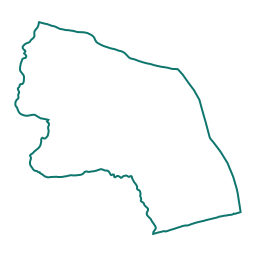 Al Masilah, Al Mahrah, Yemen
{"feature_id": "15242507B86858383588753", "entity_name": "Al Masilah", "entity_type": "district", "adm_level": 2, "iso_a3": "YEM", "parent_name": "Yemen", "parent_adm1": "Al Mahrah", "projection": "mercator", "projection_center": [50.513, 15.552], "detail": "fine", "context": "isolated", "style": "outline", "palette": "teal", "viewbox_px": 256, "rotation_deg": 0, "n_neighbors": 0, "source": "geoboundaries", "source_scale": "gbopen_adm2", "svg_char_len": 5614}
<svg xmlns="http://www.w3.org/2000/svg" viewBox="0 0 256 256"><path d="M30.0,155.5L30.5,156.5L30.9,157.6L30.9,158.8L30.5,159.9L30.0,162.0L30.0,163.2L30.1,164.4L30.5,165.4L31.1,166.4L32.5,168.3L33.1,169.3L33.8,170.0L34.7,170.7L35.7,170.9L36.8,171.0L37.6,171.7L38.5,172.3L39.6,172.2L40.1,173.2L41.1,173.7L42.0,174.2L42.9,174.9L43.8,175.6L44.7,176.3L45.8,176.7L46.8,177.1L47.8,177.3L49.0,177.3L50.0,177.1L51.2,177.0L55.5,176.8L56.7,176.8L57.8,177.0L61.1,177.0L62.2,176.9L63.3,176.7L65.5,176.3L66.6,176.2L67.6,175.9L68.7,175.7L69.8,175.4L70.9,175.2L73.1,175.4L75.3,175.4L76.5,175.3L78.8,175.0L79.9,174.9L81.0,174.7L82.1,174.3L83.1,173.7L84.6,172.0L85.7,171.6L86.8,171.4L87.8,171.8L88.8,171.9L90.0,171.8L91.0,171.5L92.2,171.4L93.3,171.3L94.4,171.1L96.5,170.6L98.6,169.9L99.8,169.4L100.9,169.2L101.9,169.3L105.0,170.5L106.2,170.6L107.2,170.6L108.3,171.1L109.0,171.9L109.6,172.7L110.2,173.8L110.7,174.8L111.7,175.1L112.7,174.5L113.8,174.6L114.0,175.6L114.2,176.8L115.1,177.3L116.0,176.7L116.9,176.1L118.2,176.0L119.2,176.5L120.2,177.2L121.0,177.8L122.0,177.4L122.8,176.5L123.9,176.0L124.9,175.8L126.0,175.5L127.2,175.9L128.0,176.5L129.0,176.9L130.0,176.4L131.0,176.0L131.8,176.7L132.0,177.8L132.4,178.9L134.0,181.8L134.6,182.7L135.4,183.7L136.0,184.5L136.6,185.5L137.1,186.4L137.1,187.5L137.0,188.6L137.7,189.7L138.7,190.0L139.6,190.7L140.1,191.7L140.4,192.8L140.5,193.9L140.3,195.1L140.2,196.2L141.1,198.3L141.1,199.4L140.8,200.4L141.1,201.4L142.1,201.9L143.0,202.5L143.9,203.4L144.2,204.6L144.7,205.5L146.4,207.1L147.2,207.8L148.0,208.7L148.0,209.9L147.7,210.9L147.2,211.8L146.7,213.0L146.8,214.1L147.1,215.2L147.8,216.0L149.3,217.6L150.9,219.3L151.4,220.3L151.9,221.3L152.6,222.2L154.5,225.0L155.1,225.9L155.6,227.0L155.7,227.4L155.8,228.1L155.3,229.3L154.7,230.1L154.0,231.1L153.4,232.0L153.2,233.2L153.2,233.9L158.9,232.3L161.0,231.9L162.6,231.4L163.4,231.3L163.9,231.2L164.4,231.1L165.1,231.3L165.4,231.5L165.8,231.3L166.1,231.3L166.8,231.2L170.5,229.9L174.9,228.6L179.0,227.2L180.0,227.0L180.9,226.6L183.2,225.9L185.3,225.5L185.5,225.4L186.0,225.6L188.0,225.4L188.3,225.2L189.2,225.0L190.1,224.6L191.5,224.1L193.9,223.3L194.9,223.1L195.6,222.7L196.4,222.6L199.3,221.8L200.6,221.6L202.2,221.1L203.3,221.0L205.8,220.2L217.1,217.5L219.0,216.7L219.8,216.5L221.1,216.4L221.5,216.3L223.0,215.9L223.6,215.9L225.0,215.6L226.6,215.5L228.2,215.1L229.5,215.0L231.7,214.7L233.1,214.2L233.7,213.9L233.8,213.7L234.1,213.9L234.3,213.9L234.6,213.8L235.1,213.8L235.6,213.6L236.1,213.5L237.9,212.9L239.9,212.4L240.6,212.0L237.7,193.4L236.7,188.7L233.2,176.8L227.5,163.0L220.4,151.5L213.5,142.4L210.6,139.0L209.7,137.4L205.8,122.7L201.9,109.0L199.4,99.8L193.8,89.9L189.4,84.1L182.6,74.5L177.7,69.1L176.4,69.1L175.7,69.0L173.0,69.0L172.2,68.9L171.5,68.7L170.8,68.6L169.4,68.2L167.1,67.6L166.4,67.6L164.7,67.2L161.8,66.9L161.1,66.7L160.4,66.6L158.8,66.2L157.5,66.0L156.6,65.8L156.0,65.5L155.2,65.4L153.8,65.1L153.0,64.8L152.3,64.6L151.1,64.2L150.2,64.0L149.3,63.8L148.7,63.7L148.1,63.5L147.4,63.5L146.1,63.1L145.4,63.0L144.8,62.8L144.2,62.6L142.5,62.2L141.8,61.9L140.4,61.5L138.4,60.9L137.1,60.3L136.4,60.1L135.3,59.6L133.2,59.0L132.5,58.9L130.9,58.5L130.2,58.2L129.4,57.8L128.9,57.3L128.4,56.9L127.4,55.8L126.9,55.4L126.5,54.8L125.5,53.9L124.5,52.9L123.2,52.1L122.6,51.8L121.4,51.3L118.5,50.6L117.7,50.3L117.1,50.0L116.4,49.8L115.0,49.3L114.3,49.1L113.4,48.9L111.9,48.6L110.3,48.2L109.0,47.8L106.8,47.0L105.4,46.6L104.1,46.2L103.3,45.9L102.1,45.3L101.5,45.0L100.6,44.7L100.0,44.3L98.4,43.4L97.7,43.0L97.0,42.5L96.3,41.9L95.9,41.1L95.0,39.7L94.6,38.4L94.2,37.8L93.8,37.2L93.3,36.5L92.8,36.0L91.7,35.2L90.5,34.5L89.8,34.2L88.5,33.6L87.9,33.2L86.3,32.8L84.5,32.4L83.5,32.4L82.8,32.2L81.2,32.2L78.2,32.1L76.0,31.7L74.6,31.2L73.8,31.1L73.2,30.9L71.6,30.7L70.9,30.6L68.6,30.2L67.8,30.1L67.1,30.1L66.4,30.1L65.0,29.9L63.5,29.5L61.9,29.2L61.1,29.1L59.7,28.8L59.1,28.5L56.9,27.5L56.2,27.0L55.5,26.8L54.6,26.4L51.4,25.7L50.7,25.4L50.1,25.2L49.5,24.9L48.7,24.7L47.5,24.2L46.8,24.1L46.0,23.9L45.2,23.7L44.5,23.6L42.5,23.1L41.8,22.9L40.4,22.5L39.7,22.3L39.1,22.1L38.9,22.5L38.7,23.7L38.5,24.9L37.7,27.0L37.1,28.0L35.5,29.8L34.9,30.7L34.4,31.7L34.3,32.8L34.3,33.9L34.5,35.3L34.3,36.4L33.7,37.5L32.9,38.4L32.0,39.1L31.2,39.8L30.5,40.7L29.9,41.7L29.0,42.4L26.7,43.2L25.8,43.7L24.8,44.3L24.0,45.1L23.2,45.9L22.7,46.8L22.7,47.9L23.2,48.9L23.9,49.7L24.9,50.3L25.4,51.4L24.7,52.4L24.1,53.4L24.9,54.2L25.7,54.9L26.2,55.9L26.2,56.9L25.4,57.9L24.3,58.1L23.3,58.5L22.4,59.1L22.0,60.1L21.7,61.2L21.2,62.4L20.8,63.5L20.5,64.9L20.3,66.0L20.1,67.2L20.1,68.3L20.0,69.5L20.2,70.7L20.8,71.6L21.5,72.6L22.2,73.4L23.5,75.2L23.9,76.2L24.0,77.3L24.0,78.5L23.8,80.9L23.6,82.0L23.2,83.0L22.5,83.9L21.5,84.1L20.4,84.2L19.7,85.0L19.6,86.1L19.1,87.1L18.2,88.0L17.8,89.0L18.2,90.0L18.7,91.0L19.1,92.1L18.9,93.2L18.3,94.2L18.2,95.3L18.5,97.8L18.0,98.7L17.1,99.5L16.3,100.4L15.4,102.3L15.4,103.4L15.4,104.5L15.5,105.6L16.1,106.5L16.8,107.3L17.4,108.4L17.6,109.4L18.5,111.4L19.1,112.4L19.9,113.3L20.8,114.1L21.8,114.5L22.8,114.9L24.9,115.6L26.0,115.7L27.1,115.8L29.3,115.4L31.6,115.0L32.7,114.8L33.9,114.8L34.9,114.8L35.9,115.5L37.8,116.7L38.8,117.2L39.8,117.9L40.8,118.4L42.0,118.5L43.0,118.7L44.1,118.9L47.4,119.6L48.4,119.9L47.8,120.8L47.0,121.5L47.8,122.5L48.8,123.1L49.0,124.3L48.8,125.4L48.3,126.5L48.1,127.8L48.2,129.0L48.6,130.0L48.6,131.2L48.5,132.3L48.3,133.5L48.0,134.7L47.7,135.8L46.4,137.4L45.5,138.2L44.5,138.6L43.4,138.2L42.4,137.8L41.6,138.4L41.2,139.4L41.2,141.7L41.0,142.9L40.4,145.2L39.9,146.2L39.3,147.1L38.5,148.0L37.8,148.7L36.0,150.1L34.3,151.5L33.4,152.5L32.6,153.3L31.6,154.0L30.7,154.6L30.0,155.5Z" fill="none" stroke="#0f766e" stroke-width="2"/></svg>